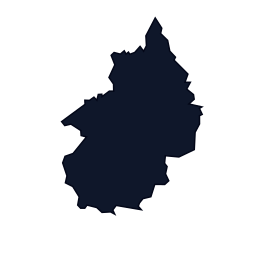 Rosoman, Rosoman, North Macedonia, rotated 325°
{"feature_id": "65306769B19811324233496", "entity_name": "Rosoman", "entity_type": "district", "adm_level": 2, "iso_a3": "MKD", "parent_name": "North Macedonia", "parent_adm1": "Rosoman", "projection": "equal_earth", "projection_center": [21.91, 41.5], "detail": "fine", "context": "isolated", "style": "filled", "palette": "ink", "viewbox_px": 256, "rotation_deg": 325, "n_neighbors": 0, "source": "geoboundaries", "source_scale": "gbopen_adm2", "svg_char_len": 1104}
<svg xmlns="http://www.w3.org/2000/svg" viewBox="0 0 256 256"><g transform="rotate(325 128 128)"><path d="M45.3,137.0L49.2,144.2L48.5,156.4L42.6,162.3L43.2,166.5L46.6,168.9L50.2,167.6L56.8,175.2L58.3,182.2L65.6,186.7L67.7,190.9L68.5,186.4L73.9,184.6L92.0,202.5L91.5,198.0L94.3,196.0L99.7,194.4L107.3,197.4L117.6,189.5L125.7,195.3L131.1,194.6L132.4,187.1L137.9,182.0L137.7,177.9L142.7,172.1L153.1,180.9L169.9,183.7L180.5,170.0L188.9,165.7L193.6,158.9L196.6,159.4L197.7,152.9L200.6,153.1L191.6,143.2L198.7,142.4L200.8,138.2L198.4,129.8L205.3,126.3L200.9,123.2L208.0,118.2L204.6,98.8L207.5,97.2L206.3,89.0L210.7,79.0L208.9,69.3L212.9,65.6L213.4,53.5L195.5,62.8L190.3,71.2L184.8,74.1L184.7,68.1L176.8,70.0L171.7,68.6L171.9,66.1L168.8,66.3L169.2,62.6L164.1,63.1L159.9,58.2L155.9,58.8L153.5,68.7L141.4,75.7L141.4,83.7L137.4,89.6L133.8,87.1L124.7,87.4L125.9,85.3L122.9,83.5L118.4,87.4L117.8,83.2L112.3,83.3L108.6,80.5L106.4,84.0L77.3,84.7L77.6,89.7L83.5,92.1L87.9,103.0L85.3,107.3L88.9,111.5L68.4,117.4L60.2,115.1L54.5,119.1L50.6,132.2L45.3,137.0Z" fill="#0f172a" stroke="#020617" stroke-width="1.5"/></g></svg>